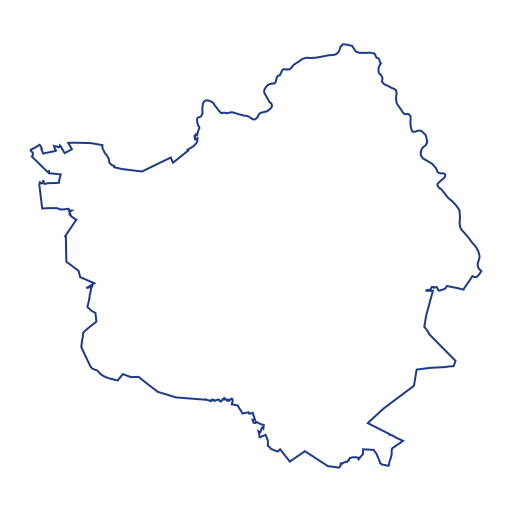 outline of Tepic, Nayarit, Mexico
{"feature_id": "50627088B74559046187795", "entity_name": "Tepic", "entity_type": "district", "adm_level": 2, "iso_a3": "MEX", "parent_name": "Mexico", "parent_adm1": "Nayarit", "projection": "orthographic", "projection_center": [-104.883, 21.625], "detail": "fine", "context": "isolated", "style": "outline", "palette": "blue", "viewbox_px": 512, "rotation_deg": 0, "n_neighbors": 0, "source": "geoboundaries", "source_scale": "gbopen_adm2", "svg_char_len": 5957}
<svg xmlns="http://www.w3.org/2000/svg" viewBox="0 0 512 512"><path d="M339.1,467.7L340.7,465.3L340.7,464.6L340.5,463.9L341.0,463.2L342.3,463.7L343.4,462.8L344.4,462.3L345.4,462.1L345.9,461.7L347.3,461.8L348.4,460.3L349.0,460.2L349.1,459.2L349.7,458.1L352.3,457.4L355.9,457.2L357.4,457.7L357.7,457.6L358.1,457.7L358.6,459.2L359.0,458.6L359.6,458.4L359.9,457.4L361.2,456.1L363.0,454.0L363.1,449.3L373.6,449.9L376.6,454.0L380.0,462.2L379.9,462.8L380.0,463.0L382.0,464.5L388.5,465.8L388.7,465.0L389.1,464.4L389.4,461.7L390.7,458.3L391.7,454.3L391.6,451.5L392.0,448.5L403.0,440.9L395.4,437.3L393.5,436.1L393.3,436.1L392.9,435.6L391.8,435.4L390.1,434.5L389.8,434.6L389.9,434.3L367.8,423.1L382.0,409.9L382.6,409.7L383.0,409.0L414.0,385.7L416.6,369.6L430.8,367.8L444.7,367.1L448.5,366.5L453.6,366.2L455.5,360.9L428.9,333.9L428.7,332.7L426.4,329.4L424.3,326.9L426.1,315.7L432.9,290.8L425.6,290.8L427.0,290.1L427.2,290.4L427.8,290.0L430.2,289.9L431.9,286.9L432.7,287.2L433.4,287.0L433.8,287.7L436.7,287.0L438.1,289.6L438.1,290.0L439.2,290.7L440.1,290.6L440.9,290.1L444.9,288.9L447.0,286.0L458.3,288.3L463.5,289.6L463.5,289.3L471.3,277.9L472.4,276.1L473.6,276.7L475.3,277.2L477.1,276.7L479.8,273.6L481.3,271.1L479.0,268.8L478.1,267.1L477.7,265.2L477.8,262.7L478.6,260.8L479.5,257.6L479.4,255.3L478.3,251.2L476.0,247.1L471.9,242.3L468.7,237.9L464.3,232.8L461.6,229.9L460.2,227.2L459.6,223.2L460.0,216.4L459.4,210.1L456.5,205.9L452.5,201.5L448.1,197.8L441.5,189.5L438.8,187.6L437.9,186.3L437.4,185.1L437.5,184.2L438.3,183.1L441.4,180.1L444.5,177.6L445.3,176.0L445.0,174.2L443.4,173.3L440.3,173.4L437.6,172.2L436.1,168.3L432.6,164.2L430.7,162.9L422.8,158.3L421.1,155.8L420.6,153.4L421.2,150.4L422.6,147.7L425.9,145.0L427.3,141.9L426.3,137.2L425.5,134.7L421.4,131.0L419.4,130.6L417.3,130.8L415.8,131.6L412.9,131.8L411.8,130.6L410.9,127.4L410.4,122.5L410.6,118.9L410.6,116.3L409.2,114.6L407.9,113.8L405.6,114.2L404.1,113.8L402.2,111.5L400.4,108.6L397.7,105.0L396.6,103.1L396.0,97.7L396.6,93.3L396.1,90.5L395.2,89.5L390.6,87.4L389.2,86.5L386.7,85.4L384.5,84.3L383.3,83.3L381.9,81.4L382.5,78.4L381.7,76.2L378.9,72.8L378.4,70.1L378.8,67.0L380.9,63.1L379.8,61.8L379.4,59.7L378.9,58.8L378.0,58.2L376.5,57.8L374.5,53.6L370.8,52.7L365.1,52.9L359.3,52.8L355.8,51.5L352.1,45.9L346.2,44.5L342.9,44.3L340.4,46.9L339.5,50.1L338.0,52.7L336.0,54.2L333.5,55.0L329.4,55.2L315.9,57.7L310.4,58.0L306.8,57.7L302.3,58.9L300.1,60.7L293.9,64.7L291.9,66.9L290.3,69.0L289.1,69.4L288.0,69.3L286.7,69.6L284.1,69.1L283.3,69.3L282.6,69.9L281.7,71.1L281.2,72.7L280.5,73.6L280.4,74.4L280.0,74.9L279.1,75.6L277.6,76.0L276.9,77.2L275.6,82.0L275.0,83.0L273.8,83.5L271.8,83.6L269.2,84.2L266.9,85.9L265.5,87.7L264.4,89.7L264.1,91.2L264.4,93.1L266.0,95.7L269.4,102.0L271.1,103.3L271.6,104.0L272.0,106.2L270.8,108.3L267.1,111.3L260.4,112.9L258.9,114.3L257.3,117.6L255.0,119.4L253.0,119.4L248.8,116.6L246.4,115.8L243.9,115.6L232.0,112.2L226.0,113.3L225.5,112.9L224.1,112.7L223.2,112.7L222.8,113.1L220.9,112.9L218.1,109.8L216.9,107.9L215.5,106.4L213.1,102.8L210.9,101.4L208.6,100.6L206.5,100.3L205.1,100.8L204.1,101.7L203.2,103.0L202.3,107.5L202.5,113.4L201.5,115.5L200.6,116.7L198.4,117.4L197.3,118.5L197.0,119.3L197.4,123.3L198.2,125.7L198.9,126.2L199.3,127.2L199.4,128.2L198.7,129.5L197.1,135.2L196.5,134.8L196.6,135.1L195.6,135.2L195.4,135.6L195.1,135.5L194.9,135.7L194.6,135.7L194.6,136.3L195.2,136.3L194.8,137.4L194.8,138.5L195.1,139.2L195.5,139.2L195.5,139.5L195.8,139.5L196.1,138.6L196.9,138.6L197.5,138.3L197.3,141.5L196.7,142.6L194.7,145.0L192.8,146.7L187.6,149.7L188.2,150.6L173.0,162.7L170.8,157.5L142.0,171.5L122.4,169.1L114.1,167.2L114.1,165.8L111.8,165.1L109.6,162.9L109.2,161.9L108.8,159.0L107.1,155.7L104.6,152.7L103.8,150.8L102.5,148.4L102.3,146.2L102.5,145.2L91.0,143.1L74.5,142.7L68.2,142.9L71.9,149.2L64.7,153.1L63.5,151.4L63.1,150.2L62.7,149.9L61.5,147.6L59.9,145.4L59.1,147.2L57.8,147.1L57.3,146.6L55.7,146.4L54.0,145.9L55.0,149.1L55.9,150.2L55.8,150.9L43.2,153.5L41.4,149.2L41.9,148.8L40.8,146.4L39.6,144.8L35.3,147.5L30.7,149.8L30.9,150.8L32.5,152.4L32.9,153.1L32.8,155.4L32.5,156.0L31.8,156.5L47.4,171.8L49.0,171.2L48.8,173.2L60.7,174.4L59.5,178.7L59.0,182.7L55.4,183.0L47.6,183.2L44.6,184.0L43.8,183.0L43.7,181.3L43.1,181.0L42.1,183.3L41.8,183.5L39.8,182.4L39.3,184.8L42.2,208.5L49.6,208.1L56.8,208.1L60.9,209.6L61.4,209.3L63.2,209.5L68.7,208.8L69.1,210.2L69.3,210.5L71.5,210.6L69.2,212.0L70.4,214.2L69.7,214.6L71.5,216.5L74.3,218.6L76.4,219.6L65.1,236.3L65.9,236.8L66.3,261.6L78.6,270.9L80.1,277.1L94.3,283.3L86.4,288.1L92.0,286.7L91.0,288.8L90.8,290.6L89.7,294.9L89.6,297.0L88.7,301.5L87.4,307.0L91.8,311.0L95.4,312.9L96.4,321.6L88.1,328.2L83.6,332.2L83.1,333.3L82.9,336.5L82.0,340.9L81.3,347.2L90.5,366.6L92.0,368.3L94.0,369.4L97.3,370.5L100.3,373.8L101.4,374.7L104.5,376.6L109.3,378.4L117.7,380.5L122.8,374.1L130.8,377.1L138.6,376.9L145.2,382.2L157.9,391.9L175.9,397.4L205.3,399.7L205.5,399.4L206.2,399.9L207.7,400.0L210.9,401.2L211.2,400.1L211.7,399.7L212.4,400.2L212.7,399.8L214.4,400.7L214.5,400.2L215.1,400.6L218.1,399.5L219.0,399.7L219.5,400.8L221.0,401.5L221.6,400.4L222.6,399.9L222.4,399.8L222.6,399.3L223.1,399.1L223.6,398.6L224.2,398.1L224.5,398.0L224.9,398.7L223.9,399.0L223.9,399.4L224.8,399.3L225.2,399.6L225.8,399.3L226.6,399.8L227.6,399.6L227.9,399.9L226.9,400.4L227.0,400.6L227.8,400.8L228.0,400.6L229.1,400.8L229.2,400.6L228.7,400.2L228.8,400.0L229.4,399.7L230.1,399.9L231.3,398.6L232.3,398.8L232.6,400.3L232.4,401.9L232.5,402.0L231.7,404.3L237.8,405.5L239.2,408.2L241.1,410.9L242.4,413.5L248.6,412.3L249.2,413.7L252.7,412.8L255.0,419.9L252.5,419.7L253.5,422.7L255.6,423.1L255.9,421.9L257.6,422.4L258.6,423.1L260.9,424.2L263.8,425.0L263.4,428.3L263.2,428.0L262.0,427.6L260.4,432.1L258.4,431.2L259.2,433.9L259.6,437.3L260.4,437.1L265.5,434.8L267.9,440.6L267.9,445.1L267.8,445.8L269.9,447.4L270.9,448.8L275.2,450.7L277.9,451.5L280.1,449.3L289.8,461.6L304.9,451.2L305.9,451.8L328.0,466.2L334.3,466.9L339.1,467.7Z" fill="none" stroke="#1e3a8a" stroke-width="2"/></svg>